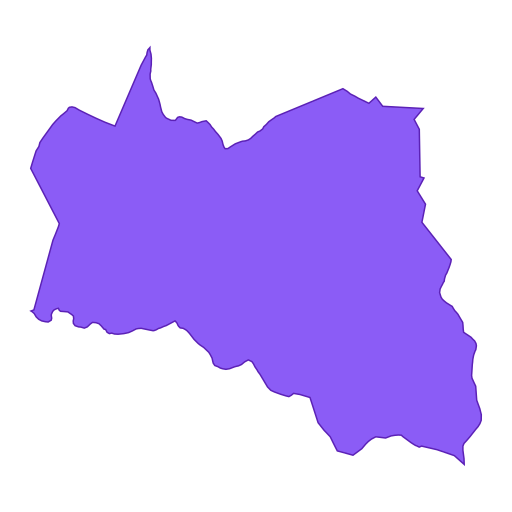 the district of Santiago Tlazoyaltepec, Oaxaca, Mexico
{"feature_id": "50627088B24717754515407", "entity_name": "Santiago Tlazoyaltepec", "entity_type": "district", "adm_level": 2, "iso_a3": "MEX", "parent_name": "Mexico", "parent_adm1": "Oaxaca", "projection": "albers", "projection_center": [-96.974, 17.027], "detail": "fine", "context": "isolated", "style": "filled", "palette": "violet", "viewbox_px": 512, "rotation_deg": 0, "n_neighbors": 0, "source": "geoboundaries", "source_scale": "gbopen_adm2", "svg_char_len": 3885}
<svg xmlns="http://www.w3.org/2000/svg" viewBox="0 0 512 512"><path d="M375.8,97.1L368.9,103.3L358.3,98.2L354.9,96.2L350.4,94.0L347.3,91.4L342.9,88.7L275.8,116.5L274.1,118.0L271.6,119.7L268.8,121.7L266.3,124.5L263.8,126.7L262.7,128.9L260.0,131.0L257.6,132.0L255.3,134.2L252.8,136.3L250.7,138.4L248.4,139.9L245.4,140.9L242.4,141.2L240.8,141.7L235.3,143.8L232.3,145.7L230.2,147.0L227.9,148.6L225.1,148.7L224.0,147.1L223.0,144.5L222.2,141.1L221.0,138.4L218.0,134.4L215.4,131.5L213.6,129.1L211.6,127.0L210.0,124.5L207.8,122.3L206.2,120.8L202.0,121.6L199.4,122.6L197.2,123.1L191.0,120.1L187.3,119.4L184.7,118.6L181.8,117.1L179.4,116.8L177.6,117.4L175.9,119.7L175.3,120.4L170.9,120.3L169.1,119.4L166.5,118.2L165.4,117.3L163.2,114.4L161.8,111.8L160.6,107.2L160.1,104.7L159.3,101.6L158.6,99.2L155.9,93.2L153.9,90.0L152.9,86.6L151.5,82.3L150.7,80.5L150.2,78.7L150.1,74.1L150.8,71.0L150.7,69.5L151.3,64.5L151.3,62.7L151.4,58.3L151.0,54.2L149.9,50.1L149.9,47.6L149.3,48.3L147.9,49.8L147.1,52.5L146.7,55.2L145.9,56.3L141.2,65.1L115.0,126.1L104.9,122.2L95.7,118.1L87.7,114.3L79.4,110.2L75.0,107.6L72.0,106.9L69.4,107.3L68.3,108.3L67.1,110.7L63.6,113.7L60.8,115.9L55.8,121.0L52.7,124.5L43.0,137.9L39.9,142.5L38.9,146.5L36.1,150.9L32.5,162.3L30.7,168.4L59.3,223.6L58.4,226.7L55.3,234.6L53.0,240.1L33.9,309.9L31.0,311.0L32.3,311.8L34.2,313.5L36.2,316.9L38.7,319.3L41.7,320.9L45.3,321.7L48.2,322.0L51.2,320.2L51.7,318.2L51.3,315.7L51.4,314.2L52.7,311.4L54.2,309.8L56.6,308.7L58.4,308.3L59.3,310.3L60.6,311.3L64.7,311.6L67.9,311.9L69.6,313.1L71.8,314.6L73.4,316.0L73.7,318.7L73.2,321.0L73.4,323.4L75.1,325.7L78.6,326.9L80.9,327.1L84.3,328.1L87.3,326.9L90.3,324.0L92.5,322.4L96.0,322.7L99.0,323.7L101.2,325.8L102.8,327.7L104.1,329.2L105.6,329.5L107.1,332.3L109.4,333.6L111.7,333.1L114.5,334.0L118.1,334.2L123.9,333.6L128.6,332.6L132.2,331.0L136.2,328.9L138.4,328.5L141.2,328.3L148.9,329.9L153.0,330.7L154.0,330.6L156.2,329.8L158.4,328.5L160.5,327.9L163.8,326.4L166.2,325.6L175.0,320.9L175.8,321.7L177.2,323.4L177.7,324.8L178.6,326.3L180.2,327.9L183.1,328.3L185.5,329.6L187.2,330.9L189.4,333.3L192.1,336.8L194.0,339.3L196.3,341.6L198.1,343.4L199.8,344.8L203.8,347.5L208.8,352.3L210.3,354.7L212.1,358.2L212.6,360.6L213.2,363.1L214.8,365.5L218.0,366.7L220.2,368.0L222.4,368.7L225.9,369.3L229.6,368.7L234.3,366.9L236.0,366.4L238.4,365.9L241.5,364.5L244.6,361.9L248.3,359.9L251.9,361.6L253.5,363.9L255.0,366.9L257.0,369.8L258.1,371.8L260.0,374.3L264.0,381.0L267.5,386.9L270.8,390.3L274.5,392.0L280.8,394.3L286.0,395.9L288.9,396.6L291.2,395.3L293.6,393.4L300.0,394.5L310.0,397.5L313.2,407.4L318.1,422.7L324.1,430.3L330.2,436.7L332.8,442.0L335.1,446.6L337.3,450.9L353.0,455.2L361.8,448.7L365.6,444.2L368.3,441.5L371.4,439.1L375.8,436.8L385.6,438.0L391.1,435.9L394.8,435.3L398.4,435.0L401.4,435.2L402.6,436.4L411.0,442.6L413.3,444.1L415.4,445.4L416.8,445.9L419.2,447.1L421.6,446.1L437.1,449.7L454.3,455.6L464.2,464.4L464.0,458.6L462.9,450.2L462.9,446.1L464.0,443.4L466.7,440.5L470.2,436.4L475.6,429.5L478.0,426.7L479.9,423.7L481.2,420.3L481.3,414.7L479.8,408.7L476.7,400.2L475.7,386.2L474.0,382.6L472.0,378.2L471.6,375.5L471.9,371.0L472.3,364.5L472.6,362.2L472.8,359.5L473.1,357.8L473.6,355.3L474.1,353.7L474.5,352.7L475.0,351.2L475.8,349.7L476.4,345.8L476.0,343.5L474.6,340.9L472.7,339.1L471.1,337.3L468.6,335.6L466.3,334.1L463.6,332.3L463.2,329.0L463.0,325.5L462.7,322.4L461.1,319.7L459.1,316.3L457.9,314.2L456.3,312.3L454.7,310.6L453.2,308.2L452.2,306.4L450.2,305.2L448.0,303.8L446.5,302.9L444.2,301.0L442.2,299.1L441.0,297.1L440.3,294.9L439.6,292.6L440.1,289.0L441.4,286.3L442.4,284.5L443.4,282.4L444.2,281.3L444.5,278.9L444.9,277.5L445.6,275.1L446.8,273.1L447.8,270.6L449.0,267.7L450.1,264.5L450.9,261.8L451.2,259.5L421.9,222.3L425.5,204.2L417.2,190.8L424.0,178.0L420.1,176.8L419.3,129.3L414.1,119.4L416.8,116.2L423.2,108.5L382.7,106.3L375.8,97.1Z" fill="#8b5cf6" stroke="#5b21b6" stroke-width="1.5"/></svg>